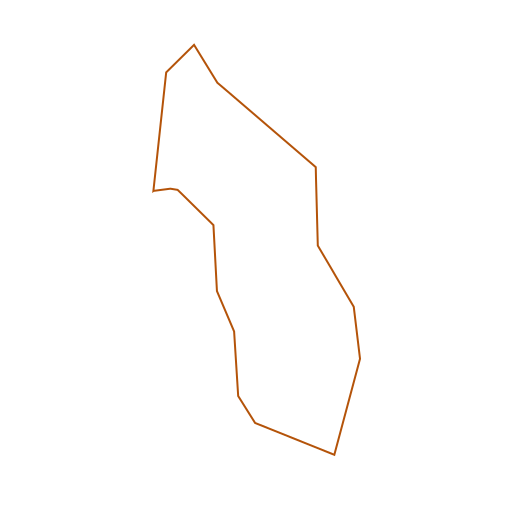 the district of Kabwum District, Morobe, Papua New Guinea, rotated 233°
{"feature_id": "67681753B66346590187810", "entity_name": "Kabwum District", "entity_type": "district", "adm_level": 2, "iso_a3": "PNG", "parent_name": "Papua New Guinea", "parent_adm1": "Morobe", "projection": "mercator", "projection_center": [147.108, -6.147], "detail": "fine", "context": "isolated", "style": "outline", "palette": "amber", "viewbox_px": 512, "rotation_deg": 233, "n_neighbors": 0, "source": "geoboundaries", "source_scale": "gbopen_adm2", "svg_char_len": 477}
<svg xmlns="http://www.w3.org/2000/svg" viewBox="0 0 512 512"><g transform="rotate(233 256 256)"><path d="M461.9,333.6L456.7,294.8L456.5,294.6L369.7,213.2L369.7,213.3L361.3,228.1L356.0,233.2L351.0,234.0L306.3,240.6L251.5,203.7L216.1,194.9L208.9,193.1L154.9,157.5L123.2,154.8L50.1,198.9L111.3,277.2L156.6,303.5L191.5,307.5L201.5,308.7L227.1,311.6L262.6,336.9L282.4,351.0L291.0,357.2L405.6,332.1L417.6,329.4L461.9,333.6Z" fill="none" stroke="#b45309" stroke-width="2"/></g></svg>